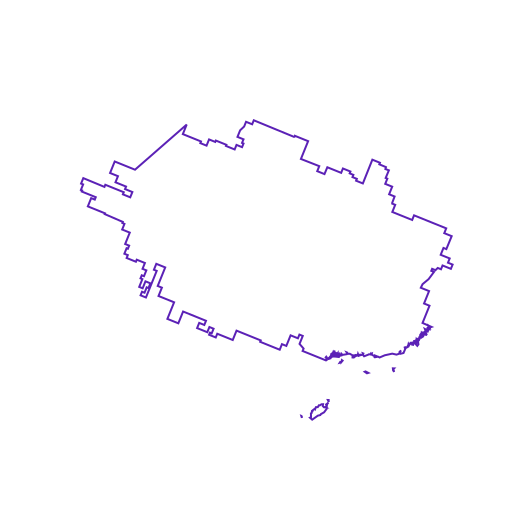 Ashburton, Western Australia, Australia, rotated 202°
{"feature_id": "25037944B95548638033328", "entity_name": "Ashburton", "entity_type": "district", "adm_level": 2, "iso_a3": "AUS", "parent_name": "Australia", "parent_adm1": "Western Australia", "projection": "mercator", "projection_center": [115.241, -22.235], "detail": "fine", "context": "isolated", "style": "outline", "palette": "violet", "viewbox_px": 512, "rotation_deg": 202, "n_neighbors": 0, "source": "geoboundaries", "source_scale": "gbopen_adm2", "svg_char_len": 6042}
<svg xmlns="http://www.w3.org/2000/svg" viewBox="0 0 512 512"><g transform="rotate(202 256 256)"><path d="M342.5,176.3L342.5,205.0L345.5,205.0L345.5,211.4L335.9,211.4L335.9,191.4L331.4,191.4L331.4,182.4L314.6,182.4L314.6,164.5L302.8,164.5L302.8,177.2L278.1,177.2L278.1,172.7L283.6,172.7L283.6,167.1L272.6,167.1L272.6,172.7L268.1,172.7L268.1,167.7L270.0,167.7L270.0,165.4L262.8,165.4L262.8,169.4L246.1,169.4L246.1,179.5L220.0,179.5L220.0,178.0L198.9,178.0L198.9,184.0L194.2,184.0L194.2,195.4L186.3,195.4L186.3,199.4L182.7,199.4L182.7,190.8L177.2,188.0L177.2,185.4L152.0,185.4L151.5,186.0L151.8,186.6L152.2,186.2L151.9,187.1L152.7,187.7L153.3,186.9L152.6,187.9L152.9,188.0L153.0,188.4L153.3,188.4L153.2,188.7L152.4,187.8L152.7,188.5L152.8,189.3L152.2,187.7L150.4,188.2L150.9,187.7L150.3,187.6L149.0,188.7L149.4,189.1L149.2,189.6L148.9,189.1L148.3,190.0L148.4,190.7L148.7,190.5L149.0,190.5L149.5,189.6L149.8,189.5L149.1,190.6L148.4,190.9L149.1,191.3L149.0,190.8L149.8,189.8L149.3,191.2L149.1,191.5L148.3,191.0L147.3,191.7L147.2,192.2L147.6,191.9L148.5,192.3L147.6,192.0L147.4,192.9L149.3,193.6L148.6,194.8L148.6,193.6L147.8,193.5L147.3,194.4L147.3,195.6L147.8,195.5L148.4,196.0L148.4,195.7L148.4,196.0L147.8,195.6L147.2,196.6L146.1,195.3L146.0,196.7L145.4,194.0L145.1,196.7L144.7,195.4L143.6,195.5L144.5,196.1L144.6,196.4L144.4,196.8L144.4,196.1L143.5,195.5L144.7,195.1L144.6,193.5L143.1,195.2L143.2,195.9L143.7,195.7L143.9,195.9L143.8,196.4L143.5,195.7L142.9,196.2L143.0,195.3L142.4,196.5L142.8,195.2L141.2,194.8L140.8,195.1L141.5,195.5L140.6,195.1L138.8,196.3L141.3,195.6L141.6,196.1L140.3,196.7L140.2,197.4L138.8,196.7L135.0,199.0L134.7,199.8L135.8,200.6L135.2,200.6L134.7,199.8L134.7,199.4L132.5,200.5L128.5,200.0L128.6,200.6L128.3,199.9L129.0,199.7L128.3,199.1L127.3,200.4L127.7,200.7L126.6,201.2L126.6,202.3L125.9,200.8L124.1,202.0L125.8,203.0L124.6,202.6L124.7,203.3L123.4,201.9L122.2,203.0L122.8,203.3L123.3,204.0L122.1,203.1L119.9,204.6L120.7,205.8L119.9,205.8L119.8,204.4L118.2,203.5L114.3,207.2L114.2,208.0L114.1,207.3L112.2,207.9L113.2,207.7L113.0,208.5L112.5,208.0L112.0,208.7L111.9,208.2L111.2,208.5L112.1,207.9L108.7,207.5L108.0,206.8L107.5,207.1L107.9,207.6L107.4,207.3L106.8,207.8L107.2,207.8L107.7,208.3L105.8,208.3L107.8,206.7L109.0,207.0L107.9,206.6L105.1,208.4L103.4,208.2L99.4,212.2L93.1,216.5L88.8,217.2L85.9,219.6L86.7,219.8L87.0,220.8L86.1,222.8L86.7,220.5L85.4,219.5L82.9,221.3L82.8,226.2L83.2,227.1L84.5,226.3L83.5,227.3L82.6,226.9L81.3,228.4L81.1,229.1L81.6,228.8L82.4,229.1L80.8,229.3L80.8,230.3L81.5,230.7L81.6,231.4L80.6,230.5L80.1,234.2L79.7,232.6L78.6,233.9L78.8,235.2L78.5,233.3L77.4,233.7L77.8,234.9L76.9,235.8L77.6,236.6L77.7,237.2L76.5,235.3L75.7,237.9L76.0,239.0L75.3,238.6L73.4,239.0L73.6,240.4L74.8,240.0L73.8,241.2L74.0,241.8L74.4,241.4L74.2,241.9L73.4,242.3L74.2,244.2L74.0,245.2L73.5,243.7L72.2,244.2L73.2,246.4L72.1,245.9L72.7,248.6L72.0,246.9L71.3,247.6L71.3,246.5L68.7,246.6L68.5,247.2L70.7,249.0L71.3,248.8L71.1,249.2L70.0,248.8L69.9,249.2L72.1,251.6L71.2,251.5L70.4,250.3L69.5,250.3L69.7,251.4L68.5,250.6L68.4,252.8L70.7,254.2L67.8,253.4L68.2,254.3L70.0,255.2L68.3,254.8L69.1,255.8L67.5,255.3L66.7,256.0L76.5,256.3L76.5,274.9L82.4,274.9L82.4,288.3L91.3,288.3L91.0,292.3L87.3,299.2L85.0,307.9L87.9,307.9L87.9,310.1L84.3,310.1L83.0,313.0L79.5,313.0L79.5,317.1L70.5,317.1L70.5,321.7L75.5,321.7L75.5,326.3L85.2,326.3L85.2,333.7L82.1,333.7L82.0,347.7L90.0,347.7L90.0,352.9L124.7,352.9L124.7,347.9L146.1,347.9L146.1,355.6L150.2,355.6L149.6,355.7L149.8,363.1L155.7,363.1L155.7,371.3L163.2,371.3L163.2,376.9L165.0,376.9L164.9,385.2L168.6,385.1L168.8,387.1L176.0,387.2L176.0,388.9L184.2,388.9L184.1,363.3L191.4,363.3L191.4,365.3L196.1,365.3L196.1,367.7L200.1,367.7L200.1,369.7L208.2,369.7L208.2,365.0L223.1,365.0L223.2,357.6L231.0,357.6L231.0,363.0L250.7,362.8L250.7,382.0L264.8,382.0L264.6,381.5L265.4,380.7L308.9,381.0L308.9,376.7L315.5,376.7L315.5,371.6L317.8,366.6L317.8,359.5L311.3,359.5L311.3,355.6L309.7,355.6L309.7,351.7L315.7,351.7L315.7,346.8L325.1,346.8L325.1,348.0L336.5,348.0L336.5,346.5L343.2,346.5L343.2,339.8L349.9,339.8L349.9,341.6L369.5,341.6L369.5,351.9L400.5,290.7L422.4,290.7L422.4,278.3L413.9,278.3L413.9,271.7L402.5,271.7L402.5,269.0L394.6,269.0L394.6,263.3L402.5,263.3L402.5,265.6L422.4,265.6L422.4,263.3L445.3,263.5L445.3,257.6L443.1,257.6L443.1,251.6L441.7,251.6L441.7,250.5L426.6,250.5L426.6,247.9L430.5,247.9L430.5,239.0L412.0,239.0L412.0,238.2L392.2,237.7L392.2,236.5L390.0,236.5L390.0,230.4L381.8,230.4L381.8,218.1L377.5,218.1L377.5,214.7L378.9,214.7L378.9,208.8L375.2,208.8L375.2,205.7L365.2,205.7L365.2,207.9L356.4,207.9L356.4,201.6L352.3,201.6L352.3,195.3L354.7,195.3L354.7,192.0L352.7,192.0L352.7,183.6L349.0,183.6L349.0,191.1L343.7,191.1L343.7,186.0L345.6,186.0L345.6,180.2L348.3,180.2L348.3,176.3L342.5,176.3ZM134.3,136.6L133.2,140.9L134.2,143.4L135.2,142.1L134.3,141.9L136.3,141.2L137.9,141.9L138.3,143.7L139.8,143.0L140.9,141.4L141.8,141.1L142.1,139.0L143.8,138.3L143.8,136.1L144.3,136.4L145.6,134.2L145.5,133.3L146.0,133.2L145.6,131.2L146.1,130.6L144.6,127.2L145.4,126.3L142.6,125.3L138.8,131.2L136.8,132.6L136.6,133.7L134.3,136.6ZM72.3,234.9L74.4,238.5L74.8,238.6L75.5,237.2L75.3,235.9L74.5,235.5L75.1,234.2L72.8,233.1L72.3,234.9ZM141.7,194.3L143.1,195.1L145.2,192.3L142.9,193.1L141.7,194.3ZM108.1,189.7L111.2,190.0L111.8,189.4L109.2,188.8L108.1,189.7ZM146.0,193.2L146.4,195.3L147.2,195.7L147.0,195.1L147.5,193.7L146.0,193.2ZM126.0,200.8L128.7,198.6L128.5,198.1L127.3,198.5L126.0,200.8ZM134.5,145.8L133.9,147.2L135.4,144.6L134.3,143.7L134.5,145.8ZM85.9,203.5L87.0,203.1L86.1,201.4L84.5,200.3L86.3,202.6L85.9,203.5ZM77.4,233.7L78.3,233.0L78.0,232.3L77.1,232.5L77.4,233.7ZM134.7,149.7L135.5,149.4L133.9,147.9L134.7,149.7ZM138.4,188.4L137.6,189.0L137.4,189.8L138.2,189.5L138.4,188.4ZM136.5,191.4L137.3,191.6L136.9,190.2L136.5,191.4ZM141.2,194.1L142.0,193.6L142.4,193.1L141.3,193.4L141.2,194.1ZM152.8,123.1L153.4,124.3L153.9,124.7L154.1,124.7L152.8,123.1ZM71.4,243.3L70.9,244.0L70.9,244.7L71.3,244.7L71.4,243.3Z" fill="none" stroke="#5b21b6" stroke-width="2"/></g></svg>